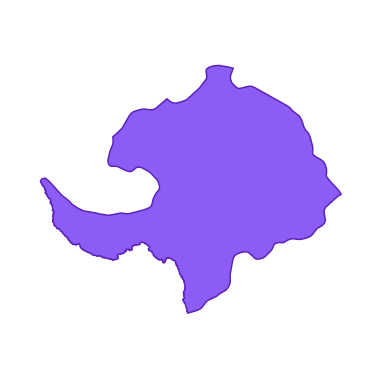 Azua de Compostela, Azua, Dominican Republic (orthographic projection), rotated 74°
{"feature_id": "3306468B66909438647260", "entity_name": "Azua de Compostela", "entity_type": "district", "adm_level": 2, "iso_a3": "DOM", "parent_name": "Dominican Republic", "parent_adm1": "Azua", "projection": "orthographic", "projection_center": [-70.724, 18.457], "detail": "fine", "context": "isolated", "style": "filled", "palette": "violet", "viewbox_px": 384, "rotation_deg": 74, "n_neighbors": 0, "source": "geoboundaries", "source_scale": "gbopen_adm2", "svg_char_len": 6111}
<svg xmlns="http://www.w3.org/2000/svg" viewBox="0 0 384 384"><g transform="rotate(74 192 192)"><path d="M307.3,229.4L307.2,219.8L306.7,216.4L305.6,214.0L302.3,209.9L301.0,207.6L300.3,205.2L299.2,197.6L297.4,193.2L295.8,186.7L294.4,184.4L291.9,181.8L289.7,180.3L281.7,178.0L268.0,171.3L266.1,169.8L264.7,167.9L263.9,165.2L263.7,162.4L263.8,158.8L264.4,156.2L265.7,154.3L273.7,149.4L274.7,147.3L275.0,144.8L274.9,142.3L274.3,139.7L270.9,133.3L269.1,130.8L265.2,127.6L264.4,125.6L264.5,122.5L265.9,117.9L264.6,113.2L264.4,109.8L264.9,107.4L266.8,103.2L267.5,100.5L267.8,95.8L267.4,91.1L266.0,87.8L261.8,82.2L260.0,75.8L258.3,73.1L255.6,71.5L248.9,70.8L246.5,70.1L245.1,69.3L243.5,67.7L236.4,53.3L235.3,49.3L231.3,50.4L220.7,55.8L214.8,58.3L213.2,58.4L208.9,56.8L206.2,56.3L202.4,56.4L199.7,57.0L196.9,58.8L191.2,64.2L189.2,65.3L187.8,65.4L183.8,64.0L181.3,63.5L171.5,63.3L167.3,64.0L163.8,65.7L161.4,66.4L152.7,66.8L148.6,67.9L142.1,72.7L137.7,74.9L135.0,77.1L108.5,103.4L106.9,105.6L106.3,107.2L105.9,109.8L105.7,117.4L105.2,118.8L104.3,120.1L98.5,123.5L94.2,123.9L90.9,123.0L84.4,118.3L81.5,123.4L77.7,131.3L76.8,135.9L76.7,138.7L76.9,141.3L77.7,143.7L78.8,144.8L80.2,145.3L85.4,146.0L86.7,146.7L87.7,147.7L93.9,155.8L101.5,171.0L102.1,173.7L102.4,177.5L102.3,181.3L101.8,184.0L101.1,185.7L99.4,187.7L95.5,190.4L101.2,202.7L102.0,205.9L101.7,209.3L99.4,214.2L98.7,216.7L98.5,219.3L98.6,225.5L99.6,228.8L101.2,231.0L111.4,241.6L116.0,250.3L117.0,252.8L121.8,253.9L124.2,254.9L130.5,259.8L138.3,264.1L141.5,264.5L143.7,264.0L145.1,262.3L146.0,258.6L147.1,256.4L153.5,249.3L155.2,246.4L155.4,244.8L155.2,243.3L153.4,239.3L153.2,237.8L153.4,236.1L154.6,233.9L158.1,230.1L162.1,226.6L170.1,222.5L172.5,221.7L177.5,221.6L180.4,222.7L183.0,226.4L185.4,229.0L188.1,231.3L193.0,234.0L194.6,235.8L195.3,237.3L195.9,242.7L195.6,257.6L194.9,261.0L193.2,264.5L192.5,266.9L191.6,278.2L187.9,286.3L185.6,290.4L180.3,301.3L176.3,306.0L171.0,310.5L166.5,312.8L159.4,318.0L142.0,326.5L138.1,329.4L138.1,333.0L139.9,334.7L140.6,334.7L140.6,334.4L142.3,334.4L142.3,334.0L144.0,334.0L144.0,333.6L145.3,333.6L145.3,333.3L146.0,333.3L146.3,332.6L148.7,332.9L148.7,332.6L149.3,332.6L149.3,332.2L151.0,332.2L151.0,332.6L151.7,332.6L151.7,332.9L152.4,332.9L152.4,333.3L153.1,333.3L153.4,332.6L154.1,332.6L154.1,332.2L154.7,332.2L154.7,331.9L156.1,331.9L156.1,332.2L156.4,332.2L156.4,331.9L158.8,331.5L159.8,330.1L161.5,330.1L161.5,330.5L162.8,330.8L162.8,331.2L163.5,331.2L163.5,330.8L164.8,330.8L164.8,330.5L165.8,330.5L165.8,330.1L170.5,330.5L170.5,330.8L171.2,330.8L171.2,331.2L171.5,331.2L172.2,330.1L172.9,330.1L172.9,330.5L173.6,330.5L173.6,330.8L174.2,330.8L174.2,331.2L175.3,331.2L175.6,331.9L176.3,331.9L176.3,332.2L177.3,332.2L177.3,332.6L179.3,332.6L179.6,333.3L180.6,333.3L180.6,333.7L182.0,333.7L182.0,334.0L183.0,334.0L183.3,333.3L186.0,333.7L186.4,333.0L187.4,333.0L187.7,332.2L189.7,331.9L189.7,331.5L190.7,330.8L190.7,330.1L191.1,330.1L191.4,329.4L193.4,329.1L194.1,328.0L195.1,328.0L195.1,327.6L196.1,327.6L196.1,327.3L198.1,326.6L198.1,326.2L199.1,326.2L199.1,325.9L199.8,325.9L200.5,324.8L201.2,324.8L201.2,324.4L201.8,324.4L201.8,324.1L203.8,324.1L203.8,323.7L205.2,323.4L205.2,323.0L207.2,322.7L207.5,322.0L208.2,322.0L208.9,320.9L209.6,320.9L209.9,319.1L210.6,318.8L210.6,318.1L210.9,318.1L210.9,317.4L210.6,317.4L210.6,314.9L210.9,314.9L210.9,314.5L214.9,314.5L215.3,313.8L216.0,313.8L216.3,313.1L217.6,312.8L217.6,312.4L218.0,312.4L219.3,310.6L219.7,310.6L220.3,309.6L221.3,308.9L221.3,308.1L222.0,307.8L222.3,306.7L223.0,306.7L224.0,305.3L224.7,305.3L225.0,304.6L225.7,304.2L226.0,302.5L227.4,301.4L227.4,300.0L227.7,300.0L227.7,298.9L228.1,298.9L228.4,297.2L229.4,296.8L229.4,296.4L230.1,296.4L230.1,295.7L230.4,295.7L230.8,294.7L231.1,294.7L231.1,293.6L231.4,293.6L231.4,292.9L231.8,292.9L231.8,292.2L233.1,291.1L233.4,289.7L234.1,289.4L234.1,288.3L234.5,288.3L235.1,287.2L235.5,287.2L235.5,286.5L235.8,286.5L235.8,283.7L235.5,283.7L235.5,282.6L235.8,282.6L235.8,282.3L235.1,281.9L235.1,281.2L234.1,281.2L234.1,280.9L232.4,281.2L232.1,280.5L231.8,280.5L231.8,278.0L232.1,278.0L231.8,276.6L232.1,276.6L232.1,274.5L231.4,274.1L231.1,272.3L230.4,272.3L230.4,271.3L229.7,271.6L229.4,270.6L229.1,270.6L229.4,268.8L229.7,268.8L229.7,268.4L230.4,268.4L230.4,268.1L231.1,268.1L231.1,265.6L230.4,265.6L230.4,265.3L228.7,265.3L228.1,264.2L227.7,264.2L227.7,263.5L227.4,263.5L227.1,261.0L227.4,261.0L227.4,260.3L227.7,260.3L228.1,257.1L227.7,257.1L227.7,256.4L227.1,256.4L227.1,256.0L226.4,255.7L226.7,252.9L227.4,252.5L227.7,251.8L228.4,251.8L228.4,251.1L228.7,251.1L229.1,250.4L230.4,250.0L230.7,249.3L231.4,249.3L231.8,248.6L232.8,248.2L232.8,247.9L233.4,247.9L234.8,249.7L235.8,249.7L235.8,249.3L236.5,249.3L236.5,249.0L237.1,248.6L237.1,247.9L237.8,247.5L237.8,247.2L239.5,247.2L239.8,246.5L242.2,246.5L242.2,246.1L242.9,246.1L242.9,245.8L244.2,245.4L244.2,245.1L244.9,245.1L244.9,244.7L245.5,244.7L246.2,243.6L246.9,243.6L246.9,243.3L248.2,242.2L248.2,241.5L248.6,241.5L248.6,239.7L248.9,239.7L248.9,239.4L249.6,239.4L249.6,239.0L250.3,239.0L250.3,239.4L251.9,239.4L252.3,238.3L251.9,238.3L251.9,237.6L251.6,237.6L251.6,236.9L250.6,236.5L250.6,236.2L249.9,236.2L249.9,235.8L249.2,235.8L249.2,235.5L248.6,235.1L248.6,234.1L248.9,234.1L248.9,232.3L249.2,232.3L249.2,231.6L250.2,230.9L250.6,230.2L250.9,230.2L251.3,229.5L251.9,229.5L252.3,228.8L252.6,228.8L253.3,227.3L255.0,227.3L255.0,227.0L256.0,227.0L256.0,227.3L258.0,227.3L258.0,227.0L259.0,227.0L259.0,226.6L262.0,226.6L262.0,226.3L267.7,226.3L267.7,225.9L269.8,225.6L269.8,225.2L270.4,225.6L270.4,225.2L272.1,225.2L272.1,224.8L273.1,224.8L273.1,224.5L275.5,224.1L275.5,224.5L280.8,224.5L280.8,224.8L281.9,224.8L281.9,225.2L283.2,225.2L283.2,225.6L283.9,225.6L284.2,226.3L284.9,226.6L285.2,227.3L286.6,227.7L286.6,228.0L287.9,228.0L287.9,227.7L288.6,227.7L288.9,228.4L289.6,228.4L289.6,228.7L291.9,228.4L292.3,229.8L293.0,230.2L293.0,230.5L295.3,230.2L295.3,229.8L296.6,229.8L296.6,229.4L303.0,229.4L303.0,229.1L303.7,229.1L303.7,229.4L305.1,229.4L305.1,229.8L305.7,229.8L305.7,229.4L307.3,229.4Z" fill="#8b5cf6" stroke="#5b21b6" stroke-width="1.5"/></g></svg>